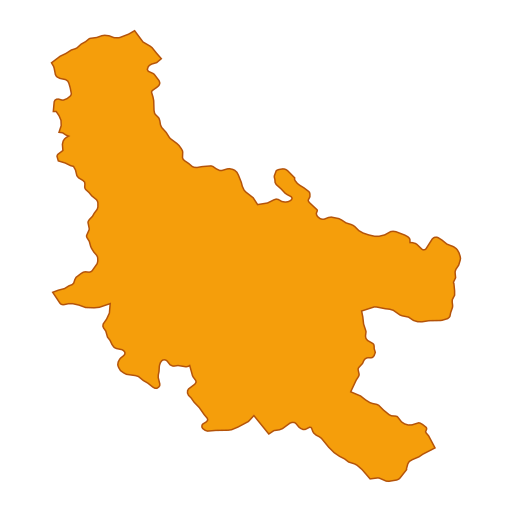 the border of Nišavski
{"feature_id": "SRB-830", "entity_name": "Nišavski", "entity_type": "District", "adm_level": 1, "iso_a3": "SRB", "parent_name": "Republic of Serbia", "parent_adm1": "", "projection": "equal_earth", "projection_center": [21.87, 43.429], "detail": "fine", "context": "isolated", "style": "filled", "palette": "amber", "viewbox_px": 512, "rotation_deg": 0, "n_neighbors": 0, "source": "natural_earth", "source_scale": "10m", "svg_char_len": 5960}
<svg xmlns="http://www.w3.org/2000/svg" viewBox="0 0 512 512"><path d="M63.7,304.7L62.2,304.6L60.9,304.1L59.9,303.1L52.7,292.3L58.3,290.2L64.5,288.6L69.0,285.8L72.2,284.6L73.7,283.1L74.9,279.5L76.1,277.3L81.1,273.5L83.3,272.2L85.3,271.8L89.3,272.2L91.1,271.6L92.2,270.7L97.2,263.6L97.8,261.0L97.7,258.2L97.5,256.9L96.5,255.1L93.8,252.0L91.5,248.3L90.7,246.5L89.3,241.4L87.1,237.8L86.6,236.7L86.6,235.5L89.2,229.6L89.2,228.4L88.0,222.6L88.2,221.4L89.4,219.5L92.5,216.3L94.2,213.3L97.2,209.3L97.9,207.0L97.9,202.9L97.6,201.6L96.6,199.8L91.7,195.8L89.0,192.5L85.6,189.4L85.0,188.3L84.7,187.1L84.9,184.2L84.6,182.1L83.0,180.5L78.7,177.9L77.3,176.3L76.8,175.4L75.5,170.0L73.5,166.4L70.5,165.6L65.2,163.0L58.3,160.9L57.0,156.3L57.3,155.2L57.9,154.3L62.9,150.5L62.4,144.3L63.2,141.0L64.6,138.9L66.4,137.4L68.7,136.1L66.1,135.1L62.6,132.8L59.0,132.3L61.2,125.7L61.0,120.4L59.1,115.8L56.2,111.5L53.3,111.5L54.2,101.8L55.0,100.2L56.6,99.2L58.6,99.1L62.1,100.1L63.4,100.1L67.1,98.6L70.3,96.1L71.2,94.6L71.3,93.4L70.2,87.8L68.9,83.3L67.8,81.1L65.6,79.6L59.9,78.4L57.2,77.0L56.4,76.3L55.4,74.5L54.1,67.9L53.5,66.2L51.5,62.8L60.2,56.2L65.9,53.5L71.3,50.0L75.1,48.8L77.0,47.9L81.2,44.1L85.7,41.6L89.1,38.8L90.0,38.4L96.8,37.5L101.9,35.7L104.7,35.3L109.1,35.8L114.1,37.7L118.5,37.8L119.9,37.5L128.5,34.2L134.6,30.7L143.0,42.0L150.2,46.2L152.1,47.7L156.2,52.8L161.3,58.7L156.7,62.6L151.6,64.1L149.4,65.4L148.2,66.8L147.3,69.4L148.0,70.9L148.7,71.5L152.9,73.4L154.2,74.3L159.0,80.6L159.7,82.5L159.7,83.7L158.9,85.5L157.4,86.9L152.9,90.1L152.0,90.9L151.6,91.7L151.6,92.5L153.0,97.1L153.7,100.7L154.0,110.3L154.6,113.3L155.4,114.5L158.6,117.7L159.1,118.6L159.8,120.8L160.5,124.9L161.7,127.5L166.2,132.5L169.5,137.7L170.6,138.8L177.0,143.6L179.0,145.5L181.3,148.7L182.5,150.9L182.7,152.2L182.5,157.7L183.2,159.4L184.7,160.8L188.7,163.5L192.2,166.5L194.1,167.3L197.0,167.5L202.1,166.6L211.0,165.9L212.9,166.5L216.2,168.8L219.7,170.5L221.9,170.5L227.3,168.9L229.5,168.7L232.7,169.4L234.7,170.3L236.9,172.3L238.4,175.1L241.3,182.4L242.3,186.3L244.1,190.2L245.9,192.1L253.2,197.8L257.6,204.6L267.5,203.0L274.0,199.8L276.2,199.1L278.3,199.5L281.8,201.5L285.3,202.1L288.1,201.7L289.9,200.9L291.4,199.8L292.0,198.7L292.0,198.0L291.2,196.7L287.2,194.6L285.0,193.1L281.3,189.1L276.5,184.8L275.9,184.0L275.1,182.4L274.9,179.6L274.3,177.2L274.3,176.0L276.2,170.8L277.2,170.1L279.0,169.5L282.7,168.9L284.3,169.0L285.8,169.5L287.5,170.6L294.7,177.9L294.5,179.2L295.1,180.6L297.3,183.4L299.6,185.2L304.0,187.9L308.6,191.4L309.5,192.4L309.9,194.0L309.9,196.8L308.4,199.7L308.2,200.8L309.3,202.5L317.1,209.8L317.3,210.7L316.3,213.4L316.7,215.2L317.6,216.6L319.9,218.5L321.9,219.2L324.1,219.2L328.5,217.5L331.3,217.1L338.8,218.6L341.6,220.0L346.0,222.9L351.1,224.5L352.9,225.3L354.7,226.5L358.8,230.6L363.0,233.0L368.6,234.9L374.7,236.3L379.0,236.3L384.7,234.9L390.7,231.6L393.1,231.3L395.9,231.7L404.8,235.1L407.9,236.8L409.4,238.3L409.9,239.5L410.0,242.6L412.2,242.6L415.5,243.5L416.9,244.4L422.0,249.3L423.2,249.9L425.0,249.6L426.0,248.8L432.3,238.9L433.8,237.7L434.8,237.3L436.8,237.2L438.2,237.7L442.0,240.1L446.9,244.1L453.7,246.8L456.2,248.6L457.4,250.0L459.0,252.8L460.1,256.2L460.5,258.4L460.1,260.5L458.7,265.1L455.9,269.3L455.2,271.3L455.1,272.6L455.6,277.7L453.5,282.1L453.6,283.3L453.9,283.6L454.6,290.9L454.6,295.2L452.3,299.7L452.2,302.1L452.6,305.2L452.6,306.5L452.4,307.7L450.7,312.5L449.9,316.3L449.3,317.2L447.7,318.6L442.0,320.3L440.3,320.5L429.0,320.7L422.0,321.8L417.6,321.7L413.4,320.4L408.5,317.1L402.2,315.8L400.0,315.0L393.3,310.3L389.7,309.2L385.2,308.7L376.6,307.0L374.3,306.9L361.6,311.0L362.8,317.0L363.6,324.1L365.7,330.5L366.0,331.8L365.5,336.1L365.9,338.4L367.6,340.5L372.8,343.5L373.7,344.4L374.1,346.0L374.2,348.8L375.3,352.4L374.1,355.7L372.6,357.4L371.0,357.8L368.0,357.7L366.7,358.0L365.2,358.8L363.9,360.4L362.5,363.5L358.7,367.6L358.2,368.6L358.1,369.7L359.1,374.2L359.0,375.3L358.5,376.5L356.2,380.1L350.7,391.8L360.6,396.0L365.7,400.0L369.9,402.6L372.5,403.5L376.8,404.4L378.7,405.3L383.5,410.1L389.1,414.7L391.4,415.8L395.4,416.1L397.1,416.5L397.9,417.3L401.5,421.9L404.6,423.9L408.2,425.0L411.9,424.9L418.7,422.8L420.1,423.1L422.6,424.5L426.1,427.3L426.6,428.2L426.6,429.2L425.6,431.7L425.7,432.1L426.2,433.0L428.6,435.8L435.0,447.9L422.8,454.2L419.0,456.8L412.4,459.6L409.7,461.2L408.9,462.0L407.8,463.9L406.5,468.6L406.6,469.6L400.0,478.0L398.8,479.1L396.7,480.0L388.9,481.3L386.2,481.1L379.3,478.1L377.8,477.9L370.1,478.9L362.1,469.6L357.0,465.2L354.6,463.9L348.6,462.0L344.6,458.9L339.5,456.3L334.1,452.6L328.7,447.2L321.5,438.4L319.4,436.8L316.1,435.1L313.8,433.1L312.8,431.5L311.6,428.2L311.1,427.5L309.7,427.2L305.3,429.4L303.1,429.5L300.8,428.5L298.9,427.1L296.1,423.7L295.1,422.9L294.3,422.5L292.1,422.4L290.0,423.1L282.5,428.6L279.4,429.8L273.9,430.6L268.8,434.0L253.9,415.6L248.4,421.5L237.9,427.1L231.6,429.7L228.3,430.2L215.8,430.4L207.5,431.1L205.1,430.3L202.8,428.6L202.0,427.3L201.9,426.1L202.1,425.0L202.7,424.1L206.1,422.0L207.5,420.5L207.7,419.8L207.3,418.3L204.1,414.5L199.3,407.6L194.1,402.2L191.1,397.9L188.5,395.3L187.5,393.0L187.6,390.6L188.6,388.9L194.8,384.2L196.0,382.4L196.0,381.4L195.6,380.3L193.3,377.2L192.5,375.7L189.7,365.5L188.4,366.3L186.1,366.8L178.0,365.5L173.9,366.1L172.6,366.0L170.1,364.8L167.1,361.0L166.0,360.2L164.6,359.8L162.9,360.0L161.8,360.7L160.4,362.6L159.6,364.9L159.3,366.5L159.0,371.5L158.3,374.9L158.2,377.5L159.8,384.0L159.7,385.7L158.7,387.1L156.9,388.3L154.8,388.2L152.7,387.0L147.8,383.1L143.3,380.5L138.4,376.5L135.5,375.6L126.4,374.3L123.7,372.9L120.5,370.6L118.7,367.6L118.0,365.8L117.8,364.6L118.2,362.0L119.7,359.2L120.7,358.0L123.6,355.7L124.7,354.4L125.0,352.8L124.5,351.7L123.6,350.7L122.1,349.7L116.4,348.5L114.5,347.6L113.7,346.9L112.0,344.5L110.0,340.3L107.5,337.1L105.8,331.1L103.6,328.0L102.9,326.2L103.2,324.0L106.6,319.1L109.4,313.1L110.2,303.6L99.3,307.3L94.1,307.8L85.6,307.5L79.0,305.1L72.8,303.7L68.4,303.7L63.7,304.7Z" fill="#f59e0b" stroke="#b45309" stroke-width="1.5"/></svg>